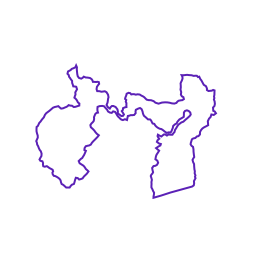 Iúna, Espírito Santo, Brazil, rotated 162°
{"feature_id": "56859067B16281611265313", "entity_name": "Iúna", "entity_type": "district", "adm_level": 2, "iso_a3": "BRA", "parent_name": "Brazil", "parent_adm1": "Espírito Santo", "projection": "mercator", "projection_center": [-41.662, -20.355], "detail": "fine", "context": "isolated", "style": "outline", "palette": "violet", "viewbox_px": 256, "rotation_deg": 162, "n_neighbors": 0, "source": "geoboundaries", "source_scale": "gbopen_adm2", "svg_char_len": 5685}
<svg xmlns="http://www.w3.org/2000/svg" viewBox="0 0 256 256"><g transform="rotate(162 128 128)"><path d="M60.7,161.7L60.4,159.9L60.9,158.1L62.1,156.5L63.2,155.4L64.2,154.2L64.6,152.5L65.2,150.4L66.2,148.3L66.3,145.7L67.4,143.4L67.0,141.5L65.8,140.2L65.9,138.2L67.7,137.7L69.1,138.0L71.5,138.3L72.9,137.8L74.2,136.9L76.4,136.9L78.7,137.9L80.5,139.1L82.7,140.2L84.9,141.0L86.6,141.4L87.9,141.7L89.3,141.7L91.4,141.7L92.7,142.6L94.1,143.6L95.3,145.6L97.5,147.3L99.9,148.2L101.5,149.2L102.3,150.7L103.0,152.2L104.1,153.6L105.2,154.6L106.5,156.2L108.5,157.1L110.3,157.3L111.6,158.2L112.9,158.7L114.5,158.9L115.1,160.4L116.6,161.3L118.7,161.0L119.7,159.4L121.0,157.9L121.8,156.6L121.0,155.2L122.0,153.7L121.8,152.2L122.4,150.5L123.0,148.4L124.5,148.6L126.6,148.4L127.3,146.8L128.7,146.0L128.2,144.3L127.7,142.1L129.0,141.1L130.6,141.4L132.2,143.7L133.2,145.1L132.5,146.9L132.3,149.0L133.3,151.8L135.2,153.5L136.5,153.9L137.9,153.3L139.3,152.1L140.7,154.1L141.3,156.5L139.6,158.5L138.7,160.3L137.9,162.0L137.0,163.3L136.7,165.9L137.4,168.7L138.7,170.1L140.5,170.4L142.1,170.7L143.7,171.8L145.9,172.6L145.9,174.7L144.8,176.8L143.1,178.1L141.8,178.9L141.6,180.7L142.8,181.4L144.1,181.6L145.6,182.2L147.1,182.7L147.1,184.3L147.5,185.7L148.7,187.3L150.8,188.4L152.6,189.1L154.2,190.5L155.7,189.7L157.2,189.4L159.1,190.7L159.8,192.7L159.6,194.9L159.1,197.3L158.5,199.9L157.8,201.5L158.0,203.5L159.3,202.0L161.3,201.7L163.3,201.6L164.5,200.9L165.8,200.6L167.6,200.3L168.8,198.3L168.0,196.6L168.2,194.9L167.7,193.5L167.3,191.9L166.6,190.1L167.2,188.1L167.1,186.3L167.2,184.5L165.7,183.9L164.5,183.2L164.5,180.6L165.9,179.3L167.1,178.2L167.6,176.0L168.7,174.7L169.6,173.4L168.8,172.1L168.1,170.3L167.7,167.8L166.7,166.3L167.4,164.4L169.6,164.4L171.5,164.4L173.1,164.7L174.4,166.5L176.1,167.2L177.4,168.1L178.8,167.4L180.1,167.1L181.8,167.0L183.6,166.8L185.6,167.1L186.6,168.6L187.5,170.3L189.2,170.4L191.1,170.6L193.0,170.5L195.6,169.4L197.5,168.6L199.9,167.8L201.3,167.3L202.9,166.2L204.8,164.1L206.5,163.1L207.7,162.3L209.1,161.2L210.9,160.2L211.8,159.2L213.1,157.8L214.6,157.2L215.3,155.4L216.0,153.2L216.2,151.1L216.2,148.7L216.8,146.7L218.0,145.4L219.3,143.9L219.2,142.1L219.5,140.3L219.1,138.6L219.0,136.2L218.7,134.3L218.1,132.8L218.1,130.3L219.0,128.1L220.7,126.6L221.9,125.4L221.5,123.9L219.7,122.8L219.6,120.9L220.2,119.5L220.4,117.8L219.1,116.9L217.0,116.8L216.0,115.5L215.1,114.2L214.0,113.1L212.6,111.6L212.6,109.9L213.7,108.9L213.9,107.3L213.4,105.5L212.0,104.7L210.8,103.5L209.6,102.0L208.8,100.7L208.3,99.1L208.5,97.0L208.4,95.2L207.2,94.0L206.2,92.3L205.2,90.5L203.9,90.1L201.9,89.4L200.4,90.6L198.9,91.4L196.7,91.5L195.7,92.9L194.5,94.8L193.0,96.8L191.3,95.9L190.4,94.1L188.7,94.0L186.8,94.1L184.9,95.5L182.8,96.5L181.2,97.3L179.0,98.9L179.7,100.3L180.7,101.9L181.3,104.2L182.0,105.9L183.4,107.6L184.9,109.4L185.1,111.8L183.5,112.6L182.3,113.2L180.8,113.6L179.7,114.6L178.1,115.9L176.3,117.9L175.1,119.3L176.3,120.5L175.5,122.3L173.8,123.7L171.9,123.6L170.4,123.4L168.5,123.7L166.9,125.1L165.0,126.2L163.0,127.2L161.3,128.1L159.6,129.0L158.0,130.1L159.4,132.1L160.3,134.2L160.8,135.9L161.8,138.0L163.1,140.2L162.9,142.4L161.4,143.6L159.7,144.4L158.4,145.3L157.4,147.1L157.0,148.8L156.1,149.9L154.8,151.4L153.3,152.1L151.8,151.9L151.7,153.9L151.2,155.7L150.4,157.5L148.4,157.6L147.0,157.3L145.5,156.9L144.0,156.0L143.3,154.2L142.2,151.8L141.9,149.9L140.5,148.3L138.8,147.4L137.0,148.4L135.3,147.3L134.8,145.5L134.4,143.4L133.9,141.9L133.1,140.5L132.5,139.2L131.7,138.0L130.4,137.1L128.2,137.3L126.5,135.9L125.4,137.8L124.4,139.5L122.9,139.3L121.4,139.4L120.1,138.9L118.1,138.5L116.1,139.8L115.7,141.5L114.9,142.9L112.2,143.3L110.4,143.3L109.3,141.9L109.1,140.4L109.1,138.8L109.3,137.1L109.1,134.8L107.7,132.5L106.3,130.0L104.3,129.3L103.7,128.0L103.5,126.4L103.2,124.7L101.7,123.8L101.3,122.0L100.6,120.5L99.7,119.2L98.2,117.6L96.5,116.6L95.2,114.9L94.2,113.3L92.7,111.4L90.7,111.3L88.8,110.6L87.5,111.7L86.6,112.8L85.4,114.2L84.4,116.0L82.2,117.0L80.3,117.3L79.4,118.4L78.1,119.3L76.4,120.3L73.4,120.9L71.5,121.4L70.7,123.5L70.0,125.5L68.5,126.6L66.5,126.6L65.0,125.4L64.0,123.5L64.2,121.4L65.5,120.4L67.0,119.7L68.8,118.9L70.6,118.2L71.9,117.6L73.4,116.9L75.6,116.8L76.9,116.3L78.8,115.7L80.5,114.5L81.9,113.2L83.9,111.6L85.1,109.7L86.5,109.0L87.8,107.9L89.5,108.4L91.5,109.3L93.3,108.8L94.4,110.2L95.7,110.8L97.2,110.3L98.9,109.6L100.3,110.9L101.6,112.4L102.4,111.2L102.2,109.7L101.6,108.1L103.7,107.2L104.8,105.9L103.3,103.7L101.7,102.6L102.6,101.4L104.8,101.0L107.5,100.2L106.6,98.7L105.4,96.8L107.3,95.2L109.0,93.9L110.2,92.4L111.6,89.8L110.2,87.9L110.1,85.6L111.8,84.0L113.6,83.6L115.5,83.9L117.4,82.5L117.7,80.3L117.8,78.2L118.8,77.2L120.2,76.4L121.2,75.3L121.2,73.2L121.3,71.3L122.4,69.4L122.9,67.5L123.5,66.0L124.1,64.2L123.7,62.1L123.6,60.4L123.2,58.4L124.0,56.5L124.8,55.2L125.3,53.8L117.7,53.5L107.4,53.5L85.1,52.5L83.2,53.1L82.2,54.9L81.7,57.1L79.3,59.4L79.4,60.9L78.5,62.1L78.6,64.3L77.8,66.2L77.6,68.2L76.9,71.2L76.3,73.3L76.6,75.4L76.5,77.7L75.2,79.0L74.0,79.9L73.7,81.7L73.3,83.7L73.0,85.2L72.3,87.6L72.0,89.9L73.1,91.5L73.5,93.2L72.8,94.5L71.8,95.9L70.7,97.5L69.2,97.9L67.1,97.7L65.0,98.7L63.5,98.5L61.6,99.6L60.7,102.0L59.1,103.5L57.5,104.5L55.6,105.1L53.1,105.5L50.9,105.9L50.4,107.9L50.0,109.8L48.0,111.9L46.1,112.9L44.5,115.1L42.4,113.9L39.8,114.8L40.4,116.9L41.6,118.0L40.8,121.2L39.0,122.2L37.9,124.1L37.4,126.6L37.5,128.6L36.6,129.8L36.5,131.3L35.6,132.8L34.8,135.1L34.1,137.0L35.3,137.9L36.7,137.6L40.0,138.3L41.2,139.7L40.7,141.2L40.9,143.6L42.6,145.7L43.5,150.6L44.1,152.2L44.4,154.8L45.7,154.8L46.4,156.4L47.8,156.9L49.5,157.3L51.2,158.5L53.7,159.5L55.4,160.3L57.3,160.7L58.8,161.0L60.7,161.7Z" fill="none" stroke="#5b21b6" stroke-width="2"/></g></svg>